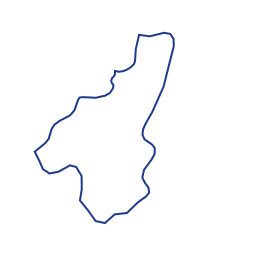 Noumbiel, Albers equal-area conic projection, rotated 231°
{"feature_id": "BFA-5989", "entity_name": "Noumbiel", "entity_type": "Province", "adm_level": 1, "iso_a3": "BFA", "parent_name": "Burkina Faso", "parent_adm1": "", "projection": "albers", "projection_center": [-2.901, 9.751], "detail": "fine", "context": "isolated", "style": "outline", "palette": "blue", "viewbox_px": 256, "rotation_deg": 231, "n_neighbors": 0, "source": "natural_earth", "source_scale": "10m", "svg_char_len": 965}
<svg xmlns="http://www.w3.org/2000/svg" viewBox="0 0 256 256"><g transform="rotate(231 128 128)"><path d="M100.0,136.3L95.5,136.1L91.1,132.4L88.6,126.4L85.4,114.1L80.4,107.9L74.5,106.6L68.9,106.4L64.5,103.8L63.4,98.7L63.9,92.7L63.9,87.7L62.6,73.7L69.3,63.2L68.6,50.3L76.0,44.3L89.4,45.1L102.0,45.1L109.4,53.4L119.8,61.7L130.3,63.2L135.5,59.4L137.7,46.6L142.1,38.3L149.6,36.0L157.8,38.3L168.3,40.6L168.3,54.3L169.5,59.5L175.3,68.1L176.9,72.8L176.6,79.3L174.3,90.9L175.4,97.4L181.4,107.1L182.1,109.6L180.5,112.2L171.8,122.0L167.5,130.6L166.6,136.0L168.3,141.3L170.4,143.6L171.8,143.8L173.2,143.7L175.4,144.8L176.7,146.8L177.0,149.2L177.8,151.5L179.7,153.0L180.5,153.7L177.3,156.5L175.1,160.2L173.9,164.4L173.5,168.5L173.9,172.7L175.3,175.3L184.3,183.6L193.4,195.2L185.5,202.7L179.4,215.8L174.6,220.0L168.6,219.5L162.8,215.1L137.6,181.4L125.1,156.8L120.5,144.9L117.5,138.9L113.5,134.9L108.7,133.7L100.0,136.3Z" fill="none" stroke="#1e3a8a" stroke-width="2"/></g></svg>